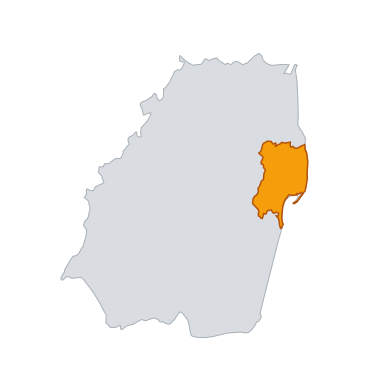 Pomeranian highlighted on a map of Poland, rotated 102°
{"feature_id": "POL-3140", "entity_name": "Pomeranian", "entity_type": "Voivodeship", "adm_level": 1, "iso_a3": "POL", "parent_name": "Poland", "parent_adm1": "", "projection": "robinson", "projection_center": [18.491, 54.136], "detail": "fine", "context": "in_parent", "style": "filled", "palette": "amber", "viewbox_px": 384, "rotation_deg": 102, "n_neighbors": 0, "source": "natural_earth", "source_scale": "10m", "svg_char_len": 6202}
<svg xmlns="http://www.w3.org/2000/svg" viewBox="0 0 384 384"><g transform="rotate(102 192 192)"><path d="M325.4,207.2L327.1,209.8L327.8,211.8L327.2,213.5L327.4,215.1L333.6,222.0L336.0,227.1L337.5,229.0L340.9,231.6L341.3,232.7L340.0,233.6L338.0,234.0L337.5,234.9L339.6,237.3L341.2,241.3L341.2,244.5L340.1,245.4L338.7,247.3L337.8,249.1L330.0,250.3L328.1,252.2L323.9,255.9L321.0,258.0L316.8,261.9L310.0,268.5L300.2,279.8L298.6,282.4L299.0,284.5L300.9,289.5L301.3,291.8L301.0,293.9L300.5,295.8L300.6,296.6L305.0,300.1L305.2,300.8L304.8,301.7L303.9,302.4L300.6,301.7L296.8,300.2L295.6,300.4L293.6,300.1L285.3,297.3L279.7,295.1L279.1,293.7L278.0,291.7L275.6,289.9L270.2,288.5L268.0,287.3L259.1,286.7L255.3,286.6L252.6,287.1L250.9,287.1L248.6,290.1L246.9,291.0L244.5,291.1L242.4,290.5L240.3,288.9L236.8,288.1L234.3,288.5L232.5,288.1L230.9,288.1L230.4,288.4L229.1,288.3L227.3,289.1L225.3,290.2L223.1,291.0L221.4,292.8L219.9,296.2L215.5,294.7L214.1,295.3L212.1,295.8L210.7,295.3L211.0,294.1L211.6,292.8L211.6,290.9L211.2,288.8L209.8,288.2L207.8,287.9L206.8,287.5L206.7,286.8L205.7,285.9L203.9,283.7L202.2,281.0L201.0,280.1L199.3,281.5L196.8,282.9L195.2,283.5L192.2,287.8L186.6,287.9L186.3,285.9L185.7,284.0L182.5,283.5L182.4,282.4L181.7,279.5L175.3,274.0L174.5,271.6L174.7,270.7L174.3,269.3L172.9,268.4L167.8,267.3L166.5,267.9L165.3,267.3L163.5,266.0L160.2,264.9L159.9,264.3L158.7,263.4L158.1,263.3L157.7,263.8L156.7,264.6L153.4,265.7L152.1,265.3L150.9,264.4L149.6,262.5L147.6,260.8L145.9,260.2L145.0,259.3L144.8,258.7L148.4,257.3L149.2,255.9L148.8,253.3L148.3,253.0L146.8,253.9L143.8,254.6L141.0,255.0L139.6,255.0L131.6,250.3L126.5,248.9L123.4,248.5L123.1,248.9L124.4,251.6L126.8,254.8L126.7,255.7L122.2,257.5L120.3,258.7L118.6,260.2L117.2,260.9L116.0,260.7L114.7,260.0L111.5,255.2L107.4,251.6L106.9,250.7L105.6,250.5L103.8,249.7L103.2,248.6L104.1,247.4L105.4,246.3L107.6,245.7L108.3,245.1L108.7,244.1L109.6,242.9L109.4,242.5L107.8,241.1L105.5,239.8L99.0,240.8L97.2,241.5L96.2,240.6L95.4,239.3L93.8,239.0L91.5,237.8L88.9,236.6L86.3,236.3L80.9,234.6L78.8,234.5L77.6,233.9L76.4,232.6L75.3,231.2L74.8,228.4L70.9,227.1L66.9,226.2L66.6,226.7L66.7,229.5L66.5,231.1L63.8,232.0L61.2,232.1L61.4,231.6L64.6,226.5L66.1,223.2L67.8,217.2L66.0,212.5L65.5,210.3L64.6,209.3L59.2,207.0L58.8,206.2L59.7,203.1L59.4,201.8L58.1,200.4L56.4,197.6L55.8,195.3L58.1,192.6L59.7,187.8L60.6,185.9L59.1,184.8L58.8,183.3L59.3,181.1L58.5,179.5L56.6,178.5L55.4,177.1L54.9,175.4L55.4,172.7L57.0,169.0L54.0,164.5L46.3,159.4L42.7,155.7L43.1,153.7L44.8,151.8L47.8,150.1L50.1,147.1L51.4,143.6L51.6,140.4L48.4,130.1L47.9,127.5L47.4,123.5L54.1,125.7L56.9,126.9L56.6,125.6L56.0,124.4L56.5,122.6L56.3,120.0L50.3,118.7L46.2,118.2L45.8,116.4L46.2,115.2L47.3,115.9L51.3,116.2L61.1,112.6L78.1,108.0L96.1,103.7L100.3,103.2L104.5,102.3L106.1,100.7L107.7,99.6L110.1,96.8L115.6,92.4L125.1,90.7L128.7,88.7L136.2,85.7L153.2,82.4L160.3,81.7L167.2,81.6L173.4,84.2L180.0,87.4L181.1,89.4L177.6,88.1L172.4,85.3L170.5,85.1L174.9,93.9L177.4,97.0L182.2,99.3L186.3,100.1L199.0,98.7L203.4,96.9L204.7,95.9L205.9,96.4L222.4,97.4L279.9,99.7L296.5,100.1L297.5,99.8L299.1,98.3L301.2,98.5L303.6,99.4L304.8,100.1L305.3,100.9L305.6,101.8L306.9,102.0L309.4,102.7L312.7,104.2L315.3,105.7L317.9,107.9L318.7,110.3L318.9,113.1L318.8,114.9L322.8,128.5L328.8,140.9L331.0,146.9L332.0,150.1L332.8,154.7L333.1,158.0L333.1,159.8L332.8,162.3L331.2,163.8L320.4,168.1L318.4,169.4L315.3,172.8L312.5,176.2L311.8,177.3L311.7,178.1L312.4,179.2L316.3,181.1L320.3,182.5L321.6,183.6L324.5,185.1L325.6,186.3L326.2,187.4L326.2,190.0L325.0,193.5L325.7,196.2L324.4,197.9L323.4,199.9L323.3,203.4L325.4,207.2Z" fill="#d9dde1" stroke="#a8b0b8" stroke-width="1"/><path d="M204.9,96.0L205.5,96.4L207.0,96.8L209.2,96.9L208.8,96.9L208.9,97.1L208.9,97.5L209.0,97.7L208.5,97.7L208.3,98.1L208.2,98.5L207.9,98.7L207.5,98.8L207.1,98.9L205.2,99.9L204.0,100.1L203.6,100.2L201.3,101.3L200.9,101.4L200.5,101.5L199.8,102.1L199.1,103.0L198.9,103.1L198.7,103.4L198.2,104.4L197.8,104.7L197.8,104.1L197.9,103.7L198.1,103.3L198.4,103.1L198.4,102.8L197.7,102.9L195.1,102.7L194.4,103.3L194.2,104.6L194.8,106.0L195.4,106.8L195.8,107.8L195.4,108.5L195.0,109.1L193.7,110.1L193.2,110.6L193.3,111.3L193.8,112.9L194.8,114.2L196.3,114.8L197.8,115.0L198.5,115.8L198.0,117.3L199.0,117.6L201.9,117.5L203.4,117.8L203.3,118.4L203.3,119.0L202.9,119.5L202.4,119.9L202.0,121.0L201.6,121.4L201.6,122.0L199.9,122.6L197.5,122.5L196.3,123.1L195.2,123.9L190.9,130.1L189.3,130.6L186.0,130.8L184.3,130.3L183.4,129.9L181.5,128.3L181.0,128.1L180.6,127.7L180.0,127.5L177.6,127.2L175.9,127.7L174.8,128.2L172.3,127.1L167.0,126.4L166.1,125.7L165.2,124.9L164.1,124.8L159.2,125.4L155.4,124.8L154.6,125.3L153.4,127.0L151.4,127.5L150.4,128.2L150.3,128.7L150.1,129.3L150.1,130.1L148.3,130.6L144.2,129.8L143.1,129.9L142.3,130.8L141.6,132.0L140.6,134.3L139.8,134.7L138.5,133.5L136.9,132.9L130.9,132.7L129.2,131.9L128.0,130.2L126.6,128.9L126.1,124.8L127.4,123.8L128.2,122.6L127.9,121.8L127.4,121.2L126.8,121.0L126.8,120.2L128.3,119.7L129.9,119.9L129.4,119.0L128.7,118.2L127.9,117.7L126.8,116.0L126.1,115.3L124.8,114.6L124.8,112.6L124.6,110.5L122.8,106.2L126.9,105.4L127.4,104.9L127.3,103.9L126.7,103.3L126.4,102.8L126.6,102.1L127.4,101.5L127.7,100.5L127.5,98.7L126.6,97.3L124.3,94.7L122.2,91.6L124.4,90.8L125.6,90.7L126.7,90.4L129.6,88.1L138.4,85.0L149.5,83.4L154.4,82.1L162.2,81.6L167.0,81.6L167.7,81.8L168.8,82.5L169.1,82.6L169.8,82.7L179.7,87.2L181.6,89.0L181.9,89.4L182.2,90.0L182.2,90.5L181.7,90.7L181.4,90.3L181.2,90.0L180.7,89.7L180.3,89.0L179.8,88.6L178.5,86.8L178.2,86.7L177.2,86.5L176.9,86.4L176.6,86.1L175.8,85.9L174.0,85.0L172.3,84.4L172.1,84.1L171.1,83.5L170.9,83.4L170.5,83.5L170.3,83.7L169.9,84.8L169.8,85.1L169.8,85.6L170.0,85.8L170.7,86.0L170.9,86.1L171.2,86.6L171.6,87.3L171.6,87.6L171.5,87.8L171.5,88.1L171.9,88.4L171.7,89.1L172.0,89.4L172.6,89.3L173.1,88.9L172.9,89.5L173.1,90.0L173.5,90.4L174.2,92.1L174.4,92.5L174.3,93.4L174.4,94.9L174.5,96.3L175.0,96.9L175.4,97.0L176.3,97.5L176.8,97.7L177.2,97.7L177.7,97.8L178.1,98.0L178.3,98.3L178.7,98.9L183.7,100.1L184.8,100.1L185.7,99.7L186.0,99.9L186.3,100.1L187.1,100.3L198.1,99.0L200.5,98.1L201.7,97.9L202.6,97.6L204.4,96.2L204.9,96.0Z" fill="#f59e0b" stroke="#b45309" stroke-width="1.5"/></g></svg>